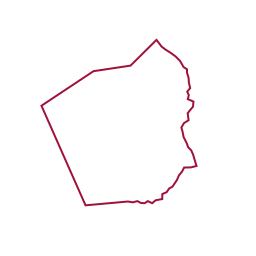 Olho d'Água do Borges, Rio Grande do Norte, Brazil (Mercator projection), rotated 227°
{"feature_id": "56859067B79092127139652", "entity_name": "Olho d'Água do Borges", "entity_type": "district", "adm_level": 2, "iso_a3": "BRA", "parent_name": "Brazil", "parent_adm1": "Rio Grande do Norte", "projection": "mercator", "projection_center": [-37.735, -5.981], "detail": "fine", "context": "isolated", "style": "outline", "palette": "rose", "viewbox_px": 256, "rotation_deg": 227, "n_neighbors": 0, "source": "geoboundaries", "source_scale": "gbopen_adm2", "svg_char_len": 770}
<svg xmlns="http://www.w3.org/2000/svg" viewBox="0 0 256 256"><g transform="rotate(227 128 128)"><path d="M100.4,44.2L74.3,77.8L70.3,80.9L68.1,85.0L64.2,86.4L61.6,89.0L61.0,92.6L56.5,94.4L56.3,98.9L52.7,104.6L56.3,108.1L54.7,112.5L55.7,116.8L54.8,120.6L56.6,128.4L58.6,132.9L59.3,137.9L60.8,142.1L56.4,147.0L53.5,152.2L59.2,155.0L64.2,157.5L68.6,159.0L72.9,158.9L76.9,160.6L83.5,162.5L88.3,165.5L91.9,167.3L93.4,172.2L92.4,177.7L98.1,181.7L98.7,185.5L99.3,190.1L102.7,193.9L108.3,191.4L110.6,194.9L114.2,196.1L114.8,200.7L119.7,203.5L123.2,206.4L128.2,208.9L130.7,211.2L134.6,210.2L141.5,211.8L147.9,211.6L154.1,210.4L159.8,208.9L164.8,208.1L173.0,208.9L171.9,172.4L193.1,141.5L200.9,94.5L203.3,79.9L100.4,44.2Z" fill="none" stroke="#9f1239" stroke-width="2"/></g></svg>